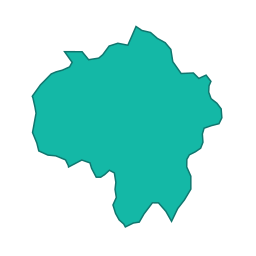 Nonsan-si, South Chungcheong, South Korea, rotated 171°
{"feature_id": "91817680B11377751855609", "entity_name": "Nonsan-si", "entity_type": "district", "adm_level": 2, "iso_a3": "KOR", "parent_name": "South Korea", "parent_adm1": "South Chungcheong", "projection": "equal_earth", "projection_center": [127.164, 36.193], "detail": "fine", "context": "isolated", "style": "filled", "palette": "teal", "viewbox_px": 256, "rotation_deg": 171, "n_neighbors": 0, "source": "geoboundaries", "source_scale": "gbopen_adm2", "svg_char_len": 1136}
<svg xmlns="http://www.w3.org/2000/svg" viewBox="0 0 256 256"><g transform="rotate(171 128 128)"><path d="M192.8,98.8L192.5,98.9L178.7,103.6L171.0,99.5L170.3,94.0L167.1,84.4L162.6,83.7L158.1,85.8L153.0,89.2L148.5,85.8L148.5,76.2L150.4,69.4L150.4,61.2L154.9,54.3L153.6,45.4L151.1,38.6L147.2,33.8L146.1,30.7L137.6,33.3L131.6,33.3L125.6,40.7L115.6,50.3L109.6,49.3L103.6,39.7L99.6,29.0L91.5,40.7L83.5,48.2L75.5,57.8L73.5,70.6L76.1,80.3L74.8,87.8L71.6,91.9L65.1,94.0L59.4,96.7L56.2,102.2L55.5,110.4L52.9,115.9L45.2,117.3L37.5,118.0L33.7,123.4L33.0,132.3L36.3,138.5L41.4,144.0L42.7,150.8L41.4,157.0L38.8,161.1L41.3,165.6L42.6,168.0L50.3,165.9L54.8,172.1L67.0,173.5L73.4,186.5L73.4,198.9L77.9,206.4L85.0,211.9L90.8,218.8L99.1,222.2L104.2,227.0L109.4,218.8L115.2,209.8L124.8,213.3L133.8,211.9L141.5,204.3L146.0,201.6L156.2,201.6L161.4,210.5L178.7,213.3L172.9,201.6L176.1,197.5L183.8,195.4L190.3,194.7L195.4,193.4L203.7,187.2L207.6,184.4L217.6,174.3L217.2,172.8L216.6,163.2L216.5,157.0L223.0,138.5L220.4,127.5L219.7,119.3L211.4,113.8L203.7,111.8L194.7,106.3L192.8,100.2L192.8,98.8Z" fill="#14b8a6" stroke="#0f766e" stroke-width="1.5"/></g></svg>